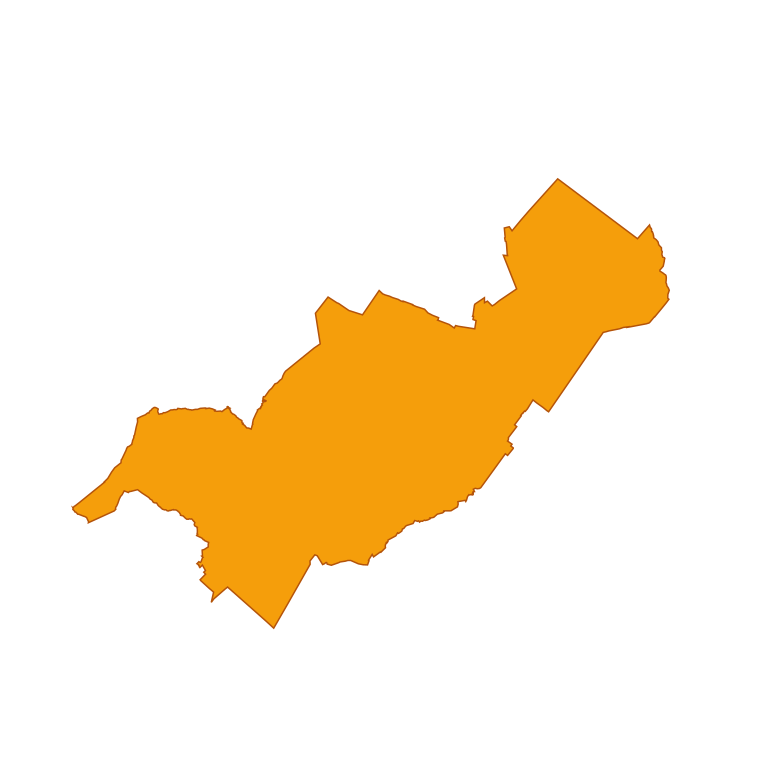 the district of Loreto, Zacatecas, Mexico, rotated 124°
{"feature_id": "50627088B14254391912134", "entity_name": "Loreto", "entity_type": "district", "adm_level": 2, "iso_a3": "MEX", "parent_name": "Mexico", "parent_adm1": "Zacatecas", "projection": "natural_earth1", "projection_center": [-101.92, 22.274], "detail": "fine", "context": "isolated", "style": "filled", "palette": "amber", "viewbox_px": 768, "rotation_deg": 124, "n_neighbors": 0, "source": "geoboundaries", "source_scale": "gbopen_adm2", "svg_char_len": 6147}
<svg xmlns="http://www.w3.org/2000/svg" viewBox="0 0 768 768"><g transform="rotate(124 384 384)"><path d="M159.6,360.7L172.0,362.2L185.4,363.5L183.6,368.1L187.4,371.5L194.6,365.6L195.4,365.7L197.8,363.3L197.6,362.5L199.6,360.6L208.3,353.8L208.2,353.5L208.5,353.3L210.5,357.1L231.0,327.2L250.4,335.0L256.3,336.8L258.8,338.0L257.5,344.6L260.4,346.1L256.3,349.0L266.9,353.3L268.1,353.1L277.4,348.6L278.3,348.5L278.0,347.5L280.8,346.3L280.0,343.1L287.5,339.6L294.5,354.5L295.5,357.3L298.3,357.1L298.2,363.3L301.1,375.3L299.9,375.3L298.5,375.8L299.9,382.2L300.5,387.3L299.3,392.2L301.8,400.7L302.5,404.5L302.1,404.6L304.6,414.5L305.1,414.3L305.7,416.5L305.9,419.5L307.6,425.3L308.1,428.4L309.5,432.8L310.0,435.6L309.2,440.3L338.7,440.5L342.7,454.2L342.6,466.7L343.0,468.4L343.2,479.0L363.7,480.4L386.4,459.3L393.4,462.1L428.5,472.8L430.9,472.8L434.0,472.3L435.9,471.7L437.2,471.6L438.8,472.3L442.8,473.0L444.9,474.5L450.2,474.7L453.5,475.5L461.2,475.7L461.9,476.8L463.4,476.4L464.4,475.8L464.1,475.3L464.4,474.9L463.8,472.5L464.0,472.3L465.3,472.9L464.8,474.5L465.8,475.3L466.2,475.1L466.6,474.0L467.5,473.8L468.9,474.2L469.4,473.1L470.3,473.4L471.4,473.0L471.6,473.4L473.4,472.7L473.6,473.5L476.4,474.4L476.7,473.9L480.3,473.5L486.7,472.4L490.3,470.9L490.6,470.3L491.1,470.4L495.7,468.9L496.2,471.5L497.2,473.3L496.2,476.5L496.3,478.8L495.3,478.8L495.5,480.1L494.9,480.7L494.2,480.9L493.8,481.5L494.1,485.2L493.9,485.6L493.9,487.8L493.2,489.1L493.1,491.9L493.5,492.6L492.9,495.6L492.3,495.8L492.0,496.6L491.5,497.1L490.9,499.3L490.7,498.7L490.8,498.8L491.0,498.4L490.2,498.1L490.4,499.6L490.0,500.3L490.1,501.0L490.5,501.3L491.8,500.6L494.3,501.9L497.5,502.9L497.8,504.3L500.1,507.3L501.1,509.4L501.0,509.7L500.0,509.5L500.6,512.4L501.7,515.4L504.0,517.9L503.6,518.3L504.0,519.0L507.0,522.8L509.3,524.4L510.6,526.3L513.2,528.8L513.2,529.4L514.3,531.4L514.4,532.1L515.0,532.8L515.3,535.2L516.5,536.4L516.7,536.9L517.8,537.8L519.5,541.3L520.5,541.2L521.6,542.1L522.5,543.7L523.6,544.7L524.8,546.3L527.7,547.7L530.3,549.5L530.9,550.6L531.6,551.0L532.8,551.3L533.2,552.2L534.3,553.0L534.9,553.7L533.6,556.0L532.7,556.6L531.1,557.1L530.9,557.5L531.2,560.1L531.9,561.4L534.1,562.3L536.2,562.5L537.6,563.1L539.5,562.7L539.9,563.5L540.8,564.0L542.9,564.6L546.7,567.1L550.4,569.2L553.2,567.1L558.1,565.4L565.7,562.3L566.9,562.3L568.4,561.4L571.5,560.8L573.0,560.1L574.3,559.8L575.1,559.3L576.2,559.8L577.9,560.3L579.6,561.4L581.4,561.3L583.0,560.8L592.8,559.3L593.9,559.4L596.4,558.0L604.0,560.4L609.4,560.6L616.7,560.2L621.7,561.2L621.7,560.8L652.4,570.2L657.7,571.9L658.6,572.4L659.7,572.5L660.5,572.3L660.5,572.8L660.8,572.3L661.9,571.9L662.0,571.7L662.3,569.8L662.9,568.9L662.6,567.7L663.2,565.0L662.7,564.2L661.5,558.8L661.2,558.0L661.0,555.9L663.4,551.9L664.3,551.5L640.1,536.7L637.8,536.3L637.2,537.1L635.9,537.5L634.7,537.4L631.9,537.9L627.4,539.1L624.5,539.5L622.3,539.2L617.9,539.6L616.9,535.2L615.4,534.9L614.8,534.0L609.4,529.2L609.7,524.0L609.6,515.5L610.2,513.4L610.0,511.6L611.1,509.0L610.7,507.6L609.8,505.9L611.0,503.3L611.3,501.2L611.1,500.5L611.4,499.8L611.7,497.7L611.0,495.4L610.5,494.9L610.2,493.8L610.4,493.0L610.1,492.3L609.7,491.6L608.9,491.3L608.7,490.7L605.9,488.4L606.0,487.8L605.2,486.9L604.6,485.4L604.7,484.5L604.6,484.0L604.9,483.1L604.8,482.4L605.1,481.6L605.9,479.8L606.6,479.3L605.7,476.7L606.3,473.7L606.4,472.0L605.5,470.5L604.6,470.0L604.2,468.9L603.4,468.0L604.6,463.4L606.7,462.7L607.4,461.6L607.2,458.6L607.7,458.6L608.7,457.6L611.6,455.6L612.3,455.5L612.7,454.5L613.1,454.7L614.4,454.6L613.6,449.0L613.8,447.6L614.1,447.0L613.8,446.2L614.2,445.4L613.4,440.8L615.4,440.0L617.3,438.6L621.7,440.5L623.4,441.9L628.0,438.4L628.6,438.9L628.9,437.2L629.2,437.4L633.7,436.3L634.5,436.4L634.8,436.9L634.8,438.1L637.6,438.6L637.5,436.6L638.0,436.4L638.0,435.7L638.8,435.0L639.1,434.0L635.7,433.3L638.5,427.7L640.8,428.2L641.4,425.6L649.1,427.0L649.5,425.9L651.2,414.3L651.8,408.9L661.6,405.1L657.2,404.9L642.6,401.0L639.8,400.1L646.6,348.8L648.1,338.9L621.1,340.8L574.8,344.4L572.1,346.4L564.3,345.8L563.7,343.3L568.0,333.9L566.2,332.8L564.6,332.4L564.1,331.7L565.1,330.4L563.7,326.3L557.4,321.6L556.1,320.9L552.6,317.1L550.5,315.3L548.9,312.9L547.4,304.7L545.5,300.2L543.2,296.5L538.9,297.6L538.8,298.3L531.9,298.5L533.2,296.0L525.3,293.1L525.3,292.5L518.9,291.2L517.7,292.3L516.0,293.1L514.0,292.7L513.9,293.4L512.5,292.6L511.1,293.4L503.3,289.3L499.8,289.5L499.7,288.4L496.9,287.3L495.9,287.0L493.8,287.7L493.3,287.1L492.5,286.8L490.1,286.6L488.8,286.2L483.4,281.9L480.0,282.2L479.1,279.4L478.1,278.8L478.6,277.3L477.1,276.8L476.3,275.4L474.3,274.4L474.2,273.6L472.2,271.7L469.8,270.4L469.4,271.0L468.1,269.5L466.7,268.2L462.1,267.0L458.1,263.4L457.3,263.1L456.3,263.3L456.4,262.9L455.9,262.7L455.7,262.7L455.4,263.0L451.7,257.6L444.8,254.4L442.2,255.3L440.2,256.9L435.1,251.7L435.7,250.5L434.3,250.6L430.6,251.8L428.3,251.7L428.3,251.2L427.0,250.0L426.7,248.8L426.1,248.6L425.9,248.8L425.7,248.3L424.9,248.8L425.2,249.5L424.1,249.8L423.9,249.4L423.4,249.7L422.6,248.8L421.3,251.1L419.5,250.1L418.7,248.1L417.2,246.4L415.8,245.8L374.0,244.4L374.1,241.6L365.3,240.8L364.7,241.1L364.5,244.2L362.3,244.2L362.2,249.7L360.8,249.7L359.8,250.2L358.9,250.9L345.1,250.1L344.8,252.9L333.7,252.4L333.6,253.1L330.6,252.8L330.6,252.5L328.1,252.4L327.8,252.3L327.7,251.6L324.5,251.2L313.9,251.6L314.3,246.7L314.5,239.0L315.0,234.1L315.0,232.0L218.6,231.1L216.5,229.1L214.3,227.3L206.5,219.6L203.3,217.2L200.0,213.5L200.6,213.6L198.9,211.8L187.4,200.2L185.2,198.4L184.0,198.1L177.0,197.4L177.0,197.1L165.7,196.0L159.0,195.4L154.4,195.2L154.3,196.4L153.8,197.0L151.1,198.7L146.8,199.9L145.4,202.0L144.4,204.4L142.9,205.9L142.3,207.0L140.5,207.9L138.0,209.4L136.7,210.5L136.1,211.5L136.2,212.9L136.0,214.0L136.1,218.4L135.3,219.0L130.2,218.4L125.2,220.4L124.3,221.0L123.0,221.3L122.5,222.1L123.0,223.8L121.1,226.2L118.7,227.3L118.0,228.7L115.9,230.2L115.1,233.6L114.5,234.6L113.0,236.2L112.6,237.4L112.1,239.1L112.0,242.1L110.9,242.9L110.5,243.5L110.2,243.5L108.7,245.2L107.7,246.7L108.0,247.3L105.9,248.9L105.4,250.1L105.4,250.7L103.7,252.8L121.8,255.1L116.8,354.7L159.6,360.7Z" fill="#f59e0b" stroke="#b45309" stroke-width="1.5"/></g></svg>